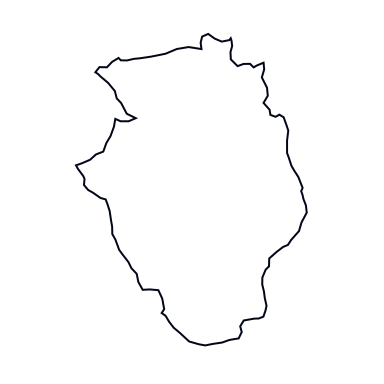 outline of Episkopi Pafou, Paphos, Cyprus, rotated 351°
{"feature_id": "46923920B63549577577003", "entity_name": "Episkopi Pafou", "entity_type": "district", "adm_level": 2, "iso_a3": "CYP", "parent_name": "Cyprus", "parent_adm1": "Paphos", "projection": "natural_earth1", "projection_center": [32.53, 34.791], "detail": "fine", "context": "isolated", "style": "outline", "palette": "ink", "viewbox_px": 384, "rotation_deg": 351, "n_neighbors": 0, "source": "geoboundaries", "source_scale": "gbopen_adm2", "svg_char_len": 1785}
<svg xmlns="http://www.w3.org/2000/svg" viewBox="0 0 384 384"><g transform="rotate(351 192 192)"><path d="M140.4,48.1L133.4,51.0L127.5,55.5L120.1,54.2L115.3,58.6L117.8,60.9L119.6,63.5L126.2,71.1L131.6,80.2L132.3,87.8L135.9,93.0L139.8,104.5L148.0,110.3L140.5,112.2L132.6,111.0L127.7,107.8L125.1,115.3L120.3,124.0L115.1,130.2L110.7,138.2L103.0,139.9L96.4,144.2L87.4,146.5L81.6,147.5L83.1,151.6L87.1,159.2L87.9,162.2L86.4,168.2L89.7,173.7L94.3,177.4L100.7,183.6L105.6,185.8L106.7,191.4L107.7,197.9L107.6,206.3L107.7,213.8L106.7,221.1L108.9,227.0L111.0,237.7L113.6,242.8L118.2,251.2L120.3,257.9L124.6,264.2L124.9,272.4L128.0,280.9L134.9,281.6L143.4,283.7L145.9,292.5L146.0,294.8L146.2,303.4L143.1,306.8L146.5,310.1L149.2,316.8L152.7,323.2L158.0,329.3L165.8,339.2L174.8,343.4L181.1,345.6L189.1,345.3L198.2,345.4L205.7,344.0L210.6,343.9L215.2,343.9L219.2,338.1L218.6,332.2L223.0,327.0L228.0,326.9L233.9,326.8L238.0,327.4L243.0,326.3L246.0,320.7L247.4,317.1L247.8,316.1L247.3,308.0L247.5,301.7L246.9,294.4L248.1,287.5L252.7,280.1L256.4,277.5L257.9,269.7L266.2,264.4L273.4,260.5L278.4,259.3L282.5,254.8L291.6,247.3L295.4,239.2L302.1,230.3L302.4,223.0L301.0,216.5L300.7,212.1L300.0,208.2L301.9,205.3L299.4,193.9L297.8,190.2L296.6,187.6L294.3,181.6L293.0,173.4L292.0,168.4L293.9,156.2L296.7,146.4L295.8,140.9L294.2,132.5L290.4,129.3L286.3,130.8L281.5,128.1L281.5,122.8L280.5,121.3L276.6,115.2L281.9,108.8L282.4,100.7L278.9,89.8L282.5,82.1L282.9,75.5L275.5,77.3L272.4,78.6L269.4,74.5L262.9,73.6L256.7,74.8L251.1,67.1L251.9,59.8L254.5,54.1L254.7,48.6L254.3,46.2L252.7,47.8L244.9,48.1L238.5,44.1L232.7,38.4L226.3,40.1L223.9,45.9L223.7,52.3L211.3,48.3L199.3,48.4L187.5,51.3L172.8,51.9L161.6,51.8L155.2,51.4L148.4,51.9L142.3,50.8L140.4,48.1Z" fill="none" stroke="#020617" stroke-width="2"/></g></svg>